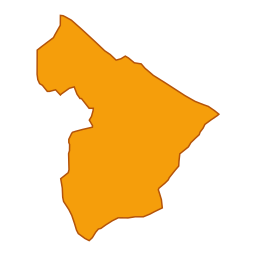 the district of Gouré, Zinder, Niger
{"feature_id": "23599985B20082731758941", "entity_name": "Gouré", "entity_type": "district", "adm_level": 2, "iso_a3": "NER", "parent_name": "Niger", "parent_adm1": "Zinder", "projection": "natural_earth1", "projection_center": [10.132, 14.056], "detail": "fine", "context": "isolated", "style": "filled", "palette": "amber", "viewbox_px": 256, "rotation_deg": 0, "n_neighbors": 0, "source": "geoboundaries", "source_scale": "gbopen_adm2", "svg_char_len": 1296}
<svg xmlns="http://www.w3.org/2000/svg" viewBox="0 0 256 256"><path d="M37.1,74.4L37.8,79.6L39.6,83.6L42.4,85.3L47.3,91.4L49.5,91.4L55.6,89.8L60.4,95.0L61.3,94.0L69.3,88.3L74.2,86.9L77.0,94.2L80.0,98.5L81.5,98.6L89.1,108.3L93.3,108.3L93.1,110.6L91.5,116.4L89.3,120.1L92.5,125.6L92.4,127.2L82.8,129.4L75.7,131.3L72.5,132.3L71.6,133.5L68.8,139.3L68.8,142.4L69.6,144.5L69.5,150.7L68.6,153.6L69.0,169.7L68.2,172.7L60.7,178.7L62.3,188.0L62.7,197.2L63.6,201.5L68.9,209.6L71.8,215.4L74.4,223.1L76.5,230.1L78.3,233.6L85.0,238.5L89.2,240.6L92.3,237.7L95.7,232.2L98.4,229.0L100.9,228.4L105.6,225.0L112.4,220.7L118.2,217.8L128.1,217.9L135.1,216.8L143.3,216.8L149.9,214.1L154.6,211.6L162.3,207.9L161.4,199.7L159.5,193.4L158.3,189.7L159.0,188.1L165.1,183.0L168.2,179.9L169.3,177.6L175.0,170.4L178.7,166.1L179.0,161.0L179.8,153.8L188.4,146.9L190.9,142.6L195.2,138.4L199.2,134.7L200.1,132.1L203.1,128.1L204.9,124.4L210.4,120.3L217.6,115.4L218.9,114.2L214.7,110.8L208.3,106.4L203.5,104.7L195.1,101.4L184.9,95.6L166.7,83.8L153.3,75.4L144.9,68.2L141.2,63.9L134.3,62.8L128.5,58.0L125.3,56.1L120.9,58.8L116.1,60.1L110.3,54.6L104.7,50.8L95.3,41.9L82.1,29.7L71.4,20.2L65.3,16.8L63.0,15.7L60.4,15.4L60.3,25.3L54.9,34.8L53.5,37.6L41.6,46.6L37.2,50.1L37.1,74.4Z" fill="#f59e0b" stroke="#b45309" stroke-width="1.5"/></svg>